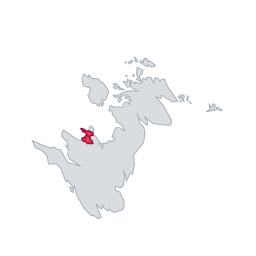 Gwynedd highlighted on a map of United Kingdom, rotated 61°
{"feature_id": "GBR-2130", "entity_name": "Gwynedd", "entity_type": "Unitary Authority (wales)", "adm_level": 1, "iso_a3": "GBR", "parent_name": "United Kingdom", "parent_adm1": "", "projection": "equal_earth", "projection_center": [-4.085, 52.896], "detail": "fine", "context": "in_parent", "style": "filled", "palette": "rose", "viewbox_px": 256, "rotation_deg": 61, "n_neighbors": 0, "source": "natural_earth", "source_scale": "10m", "svg_char_len": 5432}
<svg xmlns="http://www.w3.org/2000/svg" viewBox="0 0 256 256"><g transform="rotate(61 128 128)"><path d="M138.5,188.0L126.4,194.2L122.5,193.8L117.9,190.6L113.0,191.0L115.1,189.4L110.9,188.0L103.6,190.0L100.5,188.6L98.5,185.5L114.2,177.6L116.6,173.8L115.2,172.6L114.9,167.2L106.8,169.1L112.6,163.2L119.6,160.3L125.7,159.7L128.9,161.2L127.9,158.8L129.3,158.3L131.4,160.4L133.7,160.3L129.3,156.8L131.2,153.0L129.6,151.0L131.6,149.0L132.0,145.3L127.8,146.1L121.9,138.7L123.7,135.1L129.5,132.0L122.5,132.1L116.9,135.0L112.8,133.8L109.2,135.3L105.1,133.8L103.8,136.5L100.7,133.7L100.2,131.5L101.8,131.4L107.1,122.8L104.1,119.4L105.1,115.6L108.4,115.4L104.8,113.5L105.4,111.7L99.8,116.2L99.7,113.3L102.8,110.5L97.5,114.1L97.4,118.2L95.0,124.6L92.1,125.1L95.8,117.7L94.2,117.5L95.5,110.2L100.2,101.8L93.9,105.5L87.5,102.5L92.9,100.2L91.2,99.4L94.9,96.1L95.3,94.0L92.2,91.6L92.1,90.2L95.1,88.9L92.9,86.9L94.8,83.5L100.8,83.5L97.4,80.4L98.5,77.7L102.9,77.3L101.8,75.4L102.8,72.4L110.5,73.3L128.8,71.4L126.7,76.4L116.4,82.2L115.8,83.9L118.2,84.5L114.5,88.4L125.7,86.2L142.0,86.3L144.8,87.8L146.0,90.1L136.5,103.8L125.6,108.3L131.4,107.8L134.6,109.1L134.3,110.2L125.0,113.9L119.2,112.8L129.2,115.2L135.3,113.9L141.5,116.0L148.3,121.6L154.4,136.3L162.2,139.7L170.5,146.3L168.8,148.0L173.5,155.1L168.1,152.9L162.7,153.1L167.8,153.7L175.8,159.9L177.1,162.9L172.9,167.4L176.2,169.1L180.0,166.3L190.0,167.0L195.5,170.0L196.8,173.1L195.0,181.2L190.1,183.9L190.7,186.1L183.4,188.2L185.5,188.9L185.5,191.0L178.9,192.9L193.0,194.7L192.9,197.9L188.0,200.4L186.9,202.6L176.2,205.5L162.1,205.4L153.1,203.1L154.3,204.4L144.4,206.2L145.4,207.9L144.3,208.4L130.6,206.3L124.8,207.9L120.9,215.0L113.6,212.2L106.0,214.0L100.3,218.6L92.7,217.9L103.6,209.6L108.1,205.3L108.9,201.6L112.1,200.7L113.7,197.8L128.6,197.5L138.5,188.0ZM88.4,147.5L79.7,147.3L79.7,145.5L74.8,141.4L70.3,146.0L66.5,145.9L63.1,144.6L59.2,140.5L64.6,138.1L62.5,136.4L67.5,135.2L70.0,130.8L72.2,129.7L73.8,130.4L75.9,128.1L82.4,127.1L87.2,127.5L92.7,134.3L90.5,137.3L94.5,137.0L96.0,139.7L95.9,140.8L93.3,138.9L93.5,141.8L94.8,142.0L94.1,143.7L91.1,144.3L88.4,147.5ZM87.0,75.7L85.3,78.5L82.2,80.0L83.9,81.2L76.7,85.6L75.1,84.5L78.1,82.8L75.5,81.5L76.5,80.7L75.1,80.0L76.0,78.0L80.0,78.5L79.3,76.7L86.6,73.5L87.0,75.7ZM87.5,89.6L87.6,92.7L93.9,94.1L89.5,97.1L88.9,94.5L85.1,94.5L79.3,90.6L84.7,86.9L87.5,89.6ZM150.5,40.5L153.3,43.4L154.6,43.0L151.6,51.8L151.6,47.5L146.7,45.5L150.5,44.7L147.9,42.2L150.5,40.5ZM92.2,108.6L84.9,109.5L87.3,106.2L84.9,104.9L87.9,103.7L92.5,106.2L92.2,108.6ZM111.9,158.4L115.6,160.4L111.1,163.4L108.6,161.2L108.4,159.0L111.9,158.4ZM87.3,115.5L87.8,120.1L84.9,121.0L84.9,118.1L82.3,119.5L83.4,116.8L87.3,115.5ZM128.8,64.0L128.5,65.5L132.6,66.2L127.3,66.8L124.8,65.3L126.2,63.3L128.8,64.0ZM101.2,123.6L98.1,123.1L97.6,120.0L100.1,119.6L101.2,123.6ZM158.1,206.8L155.5,208.6L151.1,207.2L154.6,205.3L158.1,206.8ZM89.5,117.5L88.1,116.2L92.9,112.4L91.9,114.3L89.5,117.5ZM73.4,86.7L74.9,87.6L73.6,89.1L69.2,88.0L73.4,86.7ZM72.6,95.9L70.8,95.7L70.5,91.6L72.4,91.7L72.6,95.9ZM154.7,41.9L153.1,40.5L154.0,38.8L155.3,39.3L154.7,41.9ZM133.0,62.6L131.9,63.0L128.7,60.4L129.7,60.1L133.0,62.6ZM127.3,68.8L125.8,69.0L124.3,67.0L125.9,67.0L127.3,68.8ZM158.1,37.4L157.5,39.3L156.2,39.1L156.3,37.4L158.1,37.4ZM136.9,61.3L133.9,61.9L137.2,60.9L136.9,61.3ZM85.6,98.4L84.7,98.6L83.5,97.5L85.0,97.0L85.6,98.4ZM130.9,68.3L129.8,69.4L129.0,68.4L130.9,68.3ZM82.1,104.0L80.2,104.5L82.7,103.3L82.1,104.0ZM70.3,98.4L69.1,98.6L68.6,98.3L69.8,97.5L70.3,98.4Z" fill="#d9dde1" stroke="#a8b0b8" stroke-width="1"/><path d="M117.1,173.6L116.7,173.5L116.0,173.7L115.6,173.8L115.4,173.6L114.7,172.9L114.6,172.7L114.6,172.2L114.8,171.8L115.1,171.5L115.4,171.3L115.5,171.0L115.6,170.9L116.3,170.6L116.5,170.4L116.1,170.4L115.9,170.6L115.6,170.6L114.6,169.6L114.3,169.2L114.2,169.0L114.3,168.9L114.5,168.8L114.7,168.7L114.7,168.4L114.5,168.1L114.5,167.8L114.5,167.7L115.4,167.1L115.2,167.0L114.9,167.2L114.7,167.0L114.3,167.2L113.9,167.2L113.1,167.1L112.1,167.4L111.9,167.5L111.6,167.6L110.6,167.6L110.4,167.7L110.1,167.9L109.6,168.3L109.5,168.6L109.3,168.8L109.3,169.0L109.5,169.2L109.3,169.3L109.2,169.4L108.9,169.4L108.7,169.2L108.4,169.1L108.2,169.0L108.0,168.9L107.8,169.0L107.7,169.0L107.3,169.2L106.5,169.2L106.3,169.3L106.1,169.4L105.9,169.5L105.7,169.4L105.8,169.2L106.1,168.7L108.0,167.0L108.2,166.9L108.5,166.9L109.0,166.7L110.1,166.0L110.4,165.7L111.3,165.2L111.5,164.7L111.5,164.0L111.6,163.7L111.8,163.7L111.8,163.8L112.0,163.8L112.1,163.6L112.7,163.0L112.8,162.9L113.1,162.9L113.2,162.7L113.5,162.2L113.8,161.9L114.2,161.7L114.6,161.6L115.1,161.6L115.3,161.7L115.6,161.6L115.9,161.5L116.2,161.4L116.3,161.4L117.3,162.2L117.0,163.0L116.6,163.4L116.3,163.8L116.2,164.0L116.4,164.4L116.7,164.7L116.8,164.9L116.8,165.2L116.6,165.5L116.6,165.8L116.8,165.8L117.1,165.8L117.4,165.7L117.6,165.6L117.8,165.6L118.0,165.9L118.3,166.4L118.8,166.7L119.3,166.8L119.6,166.6L120.2,166.4L120.8,166.0L120.9,165.9L121.9,165.6L122.1,165.7L122.1,165.8L122.0,166.0L122.4,166.3L123.1,166.3L123.4,166.3L123.8,166.1L124.3,166.2L124.2,166.4L123.6,166.9L123.8,167.2L124.0,167.3L123.8,167.6L123.7,168.1L123.6,168.4L123.4,168.6L122.9,168.6L122.2,168.9L122.1,169.0L122.0,169.5L122.2,169.9L122.3,170.4L121.9,171.1L121.0,171.2L120.6,171.4L120.2,171.4L119.6,171.5L119.2,171.4L118.7,172.0L118.7,172.3L118.6,172.8L118.1,173.2L117.6,173.3L117.3,173.6L117.1,173.6Z" fill="#f43f5e" stroke="#9f1239" stroke-width="1.5"/></g></svg>